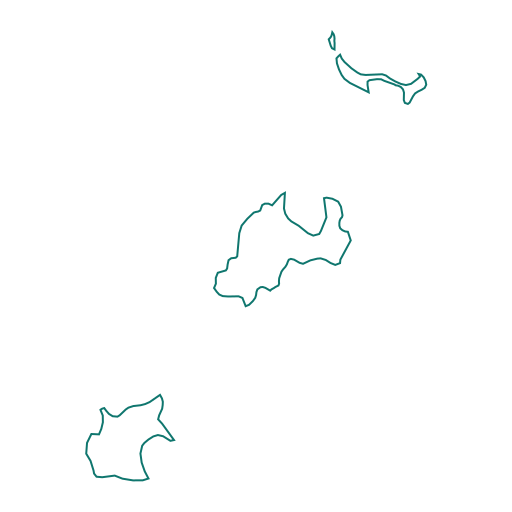 map outline of Îles Loyauté (Mercator projection), rotated 89°
{"feature_id": "NCL-1258", "entity_name": "Îles Loyauté", "entity_type": "Province", "adm_level": 1, "iso_a3": "NCL", "parent_name": "New Caledonia", "parent_adm1": "", "projection": "mercator", "projection_center": [167.211, -21.021], "detail": "fine", "context": "isolated", "style": "outline", "palette": "teal", "viewbox_px": 512, "rotation_deg": 89, "n_neighbors": 0, "source": "natural_earth", "source_scale": "10m", "svg_char_len": 2634}
<svg xmlns="http://www.w3.org/2000/svg" viewBox="0 0 512 512"><g transform="rotate(89 256 256)"><path d="M297.8,257.5L301.0,259.9L304.7,263.8L306.0,267.2L297.7,270.3L296.0,274.1L296.0,284.5L295.5,290.0L293.9,293.4L291.1,295.9L287.3,298.5L283.0,296.6L277.2,296.6L272.1,294.5L269.9,286.4L268.0,285.1L263.9,284.5L259.7,283.5L257.8,280.8L257.4,276.3L256.0,274.8L232.8,272.3L225.3,269.8L218.6,264.0L212.6,257.5L212.0,255.6L211.6,253.1L210.6,251.0L205.2,248.9L203.8,246.2L203.9,242.6L205.6,239.0L195.4,229.7L193.4,226.0L209.0,227.2L214.2,226.0L219.0,223.2L222.0,220.1L226.5,212.8L234.1,203.7L236.6,198.4L235.1,192.4L232.0,190.6L218.6,184.9L199.4,187.0L198.9,184.4L200.1,178.6L203.1,172.9L208.2,170.2L216.8,168.8L218.6,169.3L220.4,170.9L222.2,171.7L224.4,172.1L227.3,172.1L229.8,171.3L231.7,169.2L233.0,166.5L233.4,163.7L242.1,161.0L261.1,171.7L264.6,172.1L266.3,176.9L264.3,181.6L261.2,186.3L259.5,191.4L259.7,194.7L261.3,201.7L264.6,209.1L263.6,212.5L260.3,218.0L259.5,221.2L260.3,223.3L262.3,224.3L264.9,225.3L267.3,226.8L269.9,229.2L272.1,230.8L278.6,233.2L281.6,233.5L284.1,233.4L285.9,234.1L287.3,237.1L288.2,238.4L289.7,241.2L290.9,242.4L288.0,247.2L287.1,249.8L287.3,252.1L289.4,255.2L292.1,256.2L295.0,256.6L297.8,257.5ZM476.6,367.4L478.3,373.1L478.2,382.9L476.3,393.4L473.1,401.1L474.5,413.6L473.9,419.3L470.7,421.7L467.6,422.2L458.0,425.0L450.7,429.2L439.9,428.2L431.1,423.7L431.6,416.1L426.2,413.7L419.6,412.0L412.8,412.0L407.1,414.2L406.5,413.4L406.0,412.5L405.7,411.5L405.4,410.4L408.1,408.5L411.3,405.8L413.7,402.1L414.2,397.3L412.9,395.1L407.2,388.9L405.4,386.2L403.9,381.3L403.2,374.0L402.1,369.4L400.2,364.9L393.2,354.4L396.8,352.5L400.1,351.7L403.4,351.9L407.1,352.5L413.6,355.6L417.6,356.7L422.0,352.8L438.6,341.2L439.3,344.8L434.6,352.0L433.3,357.2L434.6,361.8L437.6,366.7L441.0,370.9L443.7,373.1L451.5,375.0L460.6,373.9L469.4,371.0L476.6,367.4ZM96.2,94.1L99.0,96.2L105.3,99.7L106.6,101.5L105.5,104.5L102.7,105.5L95.2,105.2L92.0,106.1L89.6,108.2L88.2,110.9L87.7,113.6L87.0,114.3L83.1,124.7L81.5,127.8L81.3,131.9L82.2,139.5L83.6,141.4L87.0,141.5L94.3,140.5L84.6,159.1L80.4,164.5L76.5,167.2L70.8,169.8L64.8,171.7L59.8,172.1L57.8,170.2L56.2,168.4L60.1,166.8L63.6,164.1L70.0,157.3L74.3,151.5L76.2,148.1L76.9,143.2L76.5,126.7L77.8,122.9L80.8,119.0L83.9,113.7L86.5,108.1L87.7,103.1L86.6,98.0L81.7,91.3L79.5,88.9L78.4,89.3L76.9,90.2L77.5,87.8L80.3,85.2L84.1,83.4L87.7,82.8L90.8,84.4L92.7,87.5L94.3,91.0L96.2,94.1ZM42.4,173.9L44.4,173.7L50.9,173.9L49.6,176.4L47.1,177.6L40.6,179.5L39.2,178.1L37.9,177.1L36.2,176.4L33.7,175.8L35.6,174.5L37.6,173.9L39.9,173.7L42.4,173.9Z" fill="none" stroke="#0f766e" stroke-width="2"/></g></svg>